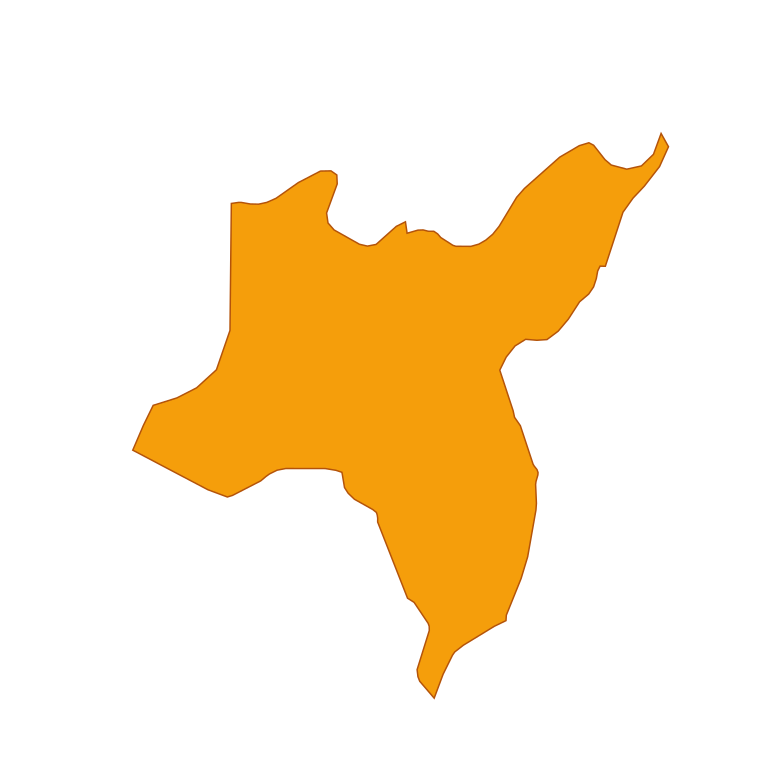 outline of Guéckédou, rotated 191°
{"feature_id": "GIN-5640", "entity_name": "Guéckédou", "entity_type": "Prefecture", "adm_level": 1, "iso_a3": "GIN", "parent_name": "Guinea", "parent_adm1": "", "projection": "equal_earth", "projection_center": [-10.351, 8.727], "detail": "fine", "context": "isolated", "style": "filled", "palette": "amber", "viewbox_px": 768, "rotation_deg": 191, "n_neighbors": 0, "source": "natural_earth", "source_scale": "10m", "svg_char_len": 1669}
<svg xmlns="http://www.w3.org/2000/svg" viewBox="0 0 768 768"><g transform="rotate(191 384 384)"><path d="M219.6,178.8L219.1,175.0L229.5,167.2L256.3,142.7L263.4,134.5L265.0,130.9L270.6,110.4L274.8,85.2L292.2,99.0L294.8,103.1L297.0,109.9L292.5,150.6L293.4,154.8L295.0,157.5L312.8,175.4L320.0,178.2L363.9,247.3L364.6,251.1L365.7,254.2L367.0,256.5L371.0,258.6L391.0,265.2L398.3,269.9L403.0,274.8L407.7,287.4L408.5,289.3L414.7,290.1L425.5,289.8L464.3,282.3L472.5,279.0L479.2,273.9L482.3,270.6L486.5,265.4L511.5,245.7L516.2,243.2L536.7,246.6L618.0,271.1L612.3,297.4L606.5,319.0L584.7,330.8L567.2,344.5L551.2,366.0L545.4,407.2L568.3,532.1L561.4,534.5L559.0,535.0L549.6,535.2L541.4,536.6L533.7,539.9L525.4,545.7L506.5,565.4L487.0,580.9L476.7,583.1L470.2,580.2L468.1,571.5L473.0,540.9L469.7,531.4L462.4,525.7L434.8,516.5L426.6,516.2L418.4,519.5L402.0,541.1L393.9,547.3L390.1,536.4L380.1,541.5L375.0,542.7L369.7,542.4L364.2,543.4L360.0,541.6L356.2,538.6L342.9,533.3L339.7,532.9L324.9,535.7L317.6,539.4L311.5,544.7L305.8,551.8L301.1,560.7L289.4,592.6L283.5,602.7L254.8,640.2L237.8,655.2L228.9,659.9L223.8,658.4L209.9,646.4L202.7,642.3L186.7,641.2L172.9,647.2L163.3,660.9L159.8,682.8L150.0,671.2L155.0,650.0L166.2,627.9L175.0,614.0L182.2,598.2L189.2,541.8L194.4,540.9L195.8,535.7L195.7,528.0L196.8,519.3L200.2,511.4L207.7,502.0L215.4,482.9L223.1,469.1L232.5,458.7L242.3,456.1L253.5,454.9L262.6,446.4L269.2,433.7L273.0,419.7L252.2,382.5L249.5,376.2L242.2,369.1L222.4,333.8L221.0,332.2L217.5,329.2L215.9,326.5L215.6,324.1L216.2,317.2L216.0,314.3L211.6,295.9L210.8,289.3L210.0,241.8L212.3,219.2L219.8,180.5L219.6,178.8Z" fill="#f59e0b" stroke="#b45309" stroke-width="1.5"/></g></svg>